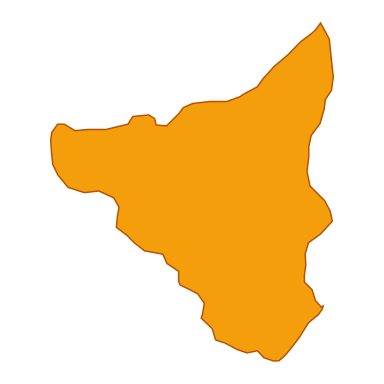 Meneou, Larnaca, Cyprus
{"feature_id": "46923920B15655385768829", "entity_name": "Meneou", "entity_type": "district", "adm_level": 2, "iso_a3": "CYP", "parent_name": "Cyprus", "parent_adm1": "Larnaca", "projection": "robinson", "projection_center": [33.605, 34.857], "detail": "fine", "context": "isolated", "style": "filled", "palette": "amber", "viewbox_px": 384, "rotation_deg": 0, "n_neighbors": 0, "source": "geoboundaries", "source_scale": "gbopen_adm2", "svg_char_len": 1279}
<svg xmlns="http://www.w3.org/2000/svg" viewBox="0 0 384 384"><path d="M320.6,23.0L315.4,30.1L311.3,33.7L300.6,41.8L287.9,54.8L274.4,66.2L263.3,78.4L257.2,86.9L242.8,94.6L240.3,96.6L226.8,101.5L210.0,101.5L192.7,103.5L183.3,107.6L178.8,113.7L172.2,120.2L166.5,125.9L156.2,125.0L154.6,118.6L148.8,114.9L132.8,116.5L127.9,124.2L105.8,129.5L87.3,129.5L75.0,130.7L64.3,124.2L57.7,124.2L51.8,132.3L50.7,140.1L51.5,152.3L52.8,164.5L57.8,174.9L68.1,187.4L84.3,192.6L98.8,191.0L113.7,197.8L119.0,207.1L117.4,216.2L116.4,227.4L127.4,235.7L134.5,243.0L144.5,250.8L151.1,252.0L162.8,254.2L167.0,263.5L178.6,271.3L178.6,281.4L180.2,285.1L187.5,288.5L197.8,293.9L204.3,303.3L202.5,314.2L201.2,318.1L212.2,328.7L215.6,339.9L224.8,343.0L237.2,349.5L246.9,352.9L257.4,350.8L264.0,357.8L273.7,361.0L279.2,360.7L279.9,360.0L284.4,356.0L288.1,351.9L296.5,341.2L299.7,336.8L308.1,323.3L311.0,320.7L318.6,314.4L322.2,309.2L323.2,306.0L321.2,307.0L315.4,300.5L312.0,289.6L304.4,282.1L304.4,275.4L305.8,264.9L305.2,254.0L308.5,242.7L320.7,233.9L332.3,221.2L330.3,211.5L324.7,200.7L310.0,186.0L307.0,171.3L308.8,156.6L308.8,146.7L311.2,135.4L320.0,123.7L324.2,108.8L325.4,99.5L331.5,90.2L333.3,76.8L332.1,66.3L330.6,52.0L329.3,39.1L320.6,23.0Z" fill="#f59e0b" stroke="#b45309" stroke-width="1.5"/></svg>